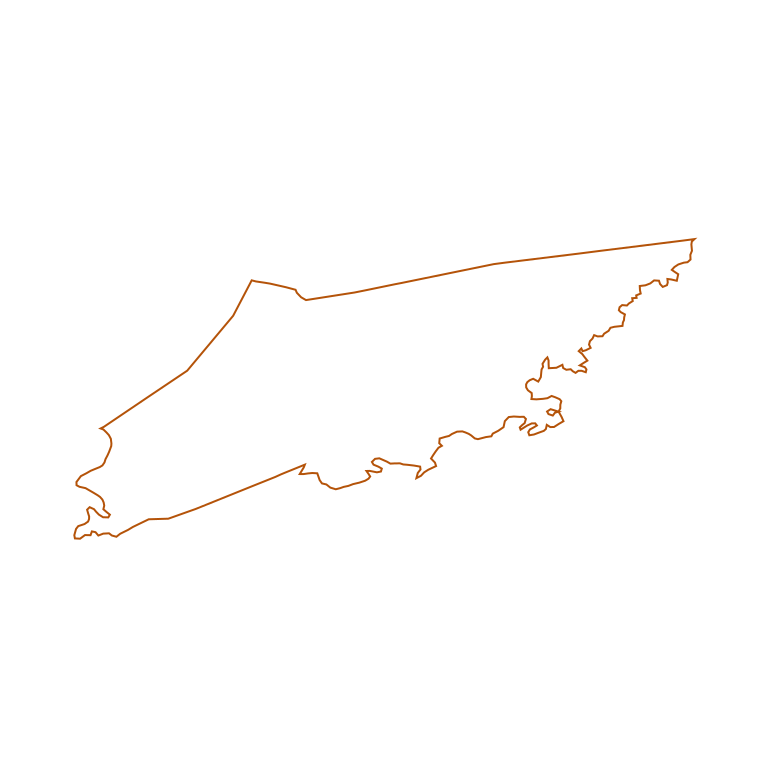 Arari, Maranhão, Brazil (Equal Earth projection), rotated 263°
{"feature_id": "56859067B76267583761173", "entity_name": "Arari", "entity_type": "district", "adm_level": 2, "iso_a3": "BRA", "parent_name": "Brazil", "parent_adm1": "Maranhão", "projection": "equal_earth", "projection_center": [-44.77, -3.551], "detail": "fine", "context": "isolated", "style": "outline", "palette": "amber", "viewbox_px": 768, "rotation_deg": 263, "n_neighbors": 0, "source": "geoboundaries", "source_scale": "gbopen_adm2", "svg_char_len": 3730}
<svg xmlns="http://www.w3.org/2000/svg" viewBox="0 0 768 768"><g transform="rotate(263 384 384)"><path d="M374.4,97.3L373.0,100.0L369.9,102.5L366.8,104.7L362.9,106.2L358.2,106.2L355.6,105.7L350.2,102.9L346.9,100.9L343.3,98.4L340.2,97.0L337.5,94.6L336.2,91.8L334.7,86.2L333.6,82.3L331.7,77.8L329.5,71.9L324.2,66.8L321.0,66.5L319.1,69.2L317.0,75.1L311.4,82.5L308.5,86.2L306.5,88.4L303.6,90.4L300.6,91.3L297.4,91.5L293.9,90.2L290.9,92.9L287.7,96.0L285.2,94.1L286.0,88.9L289.1,85.1L292.4,82.6L295.1,80.9L297.6,76.8L295.4,74.0L291.6,74.6L288.5,75.2L285.9,74.8L283.5,73.5L281.5,69.7L280.2,63.2L277.7,60.7L271.7,58.2L268.4,58.4L267.5,63.5L270.5,68.8L269.7,74.3L273.3,76.1L272.1,79.6L268.4,82.0L269.7,87.1L269.3,92.9L266.8,95.4L265.0,99.8L267.5,103.9L270.4,112.2L272.7,117.3L275.0,124.0L278.4,134.0L276.6,153.5L282.9,181.8L298.9,241.7L305.0,264.8L306.8,270.5L308.0,274.8L313.6,295.6L311.0,294.2L304.9,289.4L304.4,293.1L304.5,297.6L304.4,301.9L303.5,306.9L298.9,307.9L296.5,308.4L292.9,310.3L291.3,314.6L287.7,318.1L285.4,323.3L286.0,327.9L286.8,331.5L287.2,336.2L288.4,341.1L289.1,347.5L290.3,353.5L291.9,357.1L293.9,359.0L296.8,357.6L299.8,356.0L299.5,359.2L297.2,366.2L297.5,370.3L300.3,371.5L302.6,368.4L305.2,363.8L308.1,362.5L310.8,366.0L310.8,370.3L306.6,377.4L304.2,380.6L303.9,384.9L303.3,390.2L301.8,393.3L301.0,397.2L299.4,403.8L297.6,409.8L294.7,409.8L291.6,406.7L286.6,404.7L288.4,409.5L291.4,413.1L293.5,417.5L296.2,425.7L299.8,425.0L304.3,421.6L307.6,424.3L310.8,427.1L314.1,430.3L315.6,433.9L318.5,431.6L323.1,432.6L324.1,438.7L324.5,442.2L326.1,445.3L327.8,450.7L327.4,456.0L326.0,458.9L324.2,462.0L322.4,464.2L318.9,467.5L317.8,470.5L318.9,478.7L319.0,484.2L321.5,485.9L323.6,491.6L326.6,497.4L332.4,499.4L336.0,503.8L335.9,508.9L334.9,514.3L334.4,518.8L332.0,520.6L328.0,518.8L326.5,516.3L324.4,513.5L322.0,514.0L325.3,521.0L326.9,525.9L326.5,529.3L324.2,530.7L322.7,527.4L321.1,523.3L318.6,521.3L315.4,522.0L315.6,526.7L316.8,531.6L318.0,536.9L319.6,539.2L323.6,540.6L321.0,543.8L320.6,547.5L323.1,552.7L325.2,557.6L329.8,556.2L335.3,553.9L338.3,556.0L342.0,556.5L345.3,557.9L347.5,556.5L350.0,552.3L351.7,548.9L350.0,544.5L349.9,540.0L350.2,533.4L351.1,528.5L353.9,529.3L357.0,529.5L360.2,526.1L363.3,524.7L366.3,525.0L368.4,526.5L370.0,529.1L371.0,532.7L367.6,537.4L371.7,540.5L376.8,541.6L379.3,542.2L381.7,544.0L384.7,543.8L388.5,546.9L390.5,549.4L387.3,550.2L383.8,549.8L379.6,549.5L379.1,557.1L381.3,563.4L378.0,563.8L375.9,566.7L375.9,571.1L373.6,573.0L371.7,575.5L373.4,578.5L373.0,581.8L371.1,585.7L373.8,586.7L376.2,585.4L378.6,580.6L380.6,584.7L382.4,588.7L387.0,585.9L389.5,584.5L392.9,581.3L395.2,584.2L392.4,585.1L392.9,588.4L394.7,593.5L398.1,592.3L401.4,593.6L403.7,596.5L406.9,598.5L405.2,601.8L404.8,606.7L407.1,608.6L409.4,613.4L412.2,615.6L412.7,619.6L412.6,627.8L416.0,628.6L418.2,630.0L420.8,630.5L423.7,631.6L426.5,627.7L428.6,626.1L431.5,627.2L433.3,630.0L432.3,634.7L434.1,636.9L436.0,641.0L438.9,640.8L438.7,645.2L441.2,645.1L442.5,649.8L446.0,649.5L450.1,649.8L450.1,655.5L451.4,660.6L453.9,664.7L453.0,669.5L449.6,670.2L446.4,672.5L447.6,676.9L450.1,678.0L453.7,678.1L452.8,681.7L450.8,687.2L457.1,689.4L460.1,685.9L462.2,683.6L464.7,686.5L466.8,690.7L467.9,696.4L467.9,700.1L470.2,703.4L474.9,703.8L478.7,705.9L485.1,706.1L487.9,706.9L490.0,709.8L489.9,698.1L489.8,615.2L489.7,593.8L489.7,518.5L489.6,507.5L482.1,413.3L481.7,407.3L479.2,376.4L478.4,365.9L476.8,316.8L480.2,312.3L482.9,310.3L485.2,308.6L488.3,307.7L492.0,298.5L497.5,283.2L499.0,278.1L501.4,269.4L503.0,265.3L500.5,263.6L470.1,242.6L421.2,190.3L399.2,146.9L375.6,100.7L374.4,97.3ZM335.3,553.9L334.7,550.2L332.1,547.7L334.1,543.6L336.8,542.5L338.7,546.3L335.3,553.9Z" fill="none" stroke="#b45309" stroke-width="2"/></g></svg>